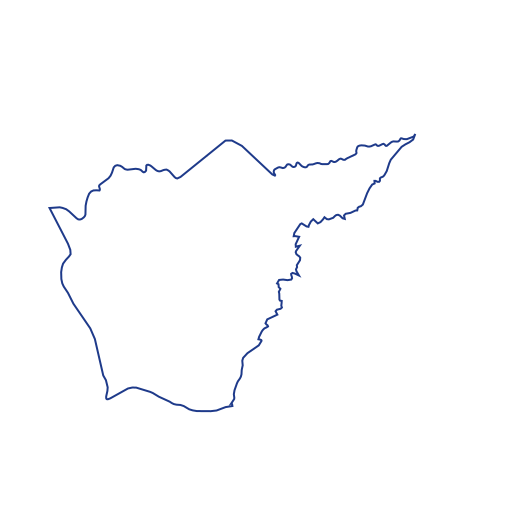 map outline of Nana-Grébizi (Albers equal-area conic projection), rotated 70°
{"feature_id": "CAF-807", "entity_name": "Nana-Grébizi", "entity_type": "Economic Prefecture", "adm_level": 1, "iso_a3": "CAF", "parent_name": "Central African Republic", "parent_adm1": "", "projection": "albers", "projection_center": [19.251, 7.51], "detail": "fine", "context": "isolated", "style": "outline", "palette": "blue", "viewbox_px": 512, "rotation_deg": 70, "n_neighbors": 0, "source": "natural_earth", "source_scale": "10m", "svg_char_len": 4397}
<svg xmlns="http://www.w3.org/2000/svg" viewBox="0 0 512 512"><g transform="rotate(70 256 256)"><path d="M195.8,64.6L200.3,68.5L201.6,72.8L202.2,77.5L203.2,81.8L211.6,96.4L214.3,99.0L220.9,104.1L223.7,107.4L224.4,108.5L224.8,109.4L224.9,110.3L224.9,111.7L225.4,113.0L227.7,113.8L228.4,114.9L227.8,116.5L226.3,117.9L225.9,119.0L228.4,119.7L228.6,122.4L231.3,126.2L235.0,130.1L244.2,138.0L245.1,140.4L245.0,142.3L245.5,143.9L247.8,145.3L247.3,146.9L247.8,152.5L247.0,157.3L248.0,159.4L251.5,159.9L250.2,161.7L246.7,163.4L245.3,164.8L245.0,166.6L245.5,168.3L246.5,170.4L246.5,175.0L245.6,176.8L243.0,178.4L244.5,180.5L246.2,183.8L246.5,186.8L241.0,189.6L242.4,192.7L245.1,195.7L246.5,196.7L245.5,198.4L241.0,201.9L241.2,203.5L247.5,212.1L250.3,213.8L250.7,212.4L252.7,208.9L258.5,214.7L260.9,215.4L261.3,211.3L265.0,216.6L266.0,217.4L268.1,217.4L269.7,216.5L271.1,215.5L272.7,215.0L275.0,216.1L278.6,220.8L280.5,221.2L282.2,223.0L284.2,223.2L289.0,222.3L285.8,225.5L284.4,227.5L284.8,229.1L285.9,229.4L287.6,229.4L289.2,229.7L290.2,230.9L289.5,234.6L287.4,238.6L286.4,242.5L289.0,245.6L290.2,244.5L293.0,245.3L295.2,244.3L297.5,246.8L299.3,247.0L305.0,248.9L306.1,248.7L307.0,247.2L308.9,248.0L311.3,249.2L313.3,249.3L314.0,251.0L313.6,254.7L314.6,256.5L318.4,256.0L319.4,267.1L322.5,270.1L323.9,269.6L325.2,268.8L326.3,268.8L326.7,270.6L326.8,272.1L327.0,273.1L327.8,274.8L328.8,276.3L333.0,280.7L335.1,282.2L336.1,280.5L336.8,279.8L337.6,279.8L340.9,283.9L344.4,297.3L347.3,302.9L349.7,304.7L354.2,305.9L358.2,308.4L362.2,310.1L364.2,311.5L365.6,313.0L367.6,315.9L369.2,317.5L374.8,322.1L378.3,324.1L381.9,324.9L383.0,325.5L386.2,329.8L386.2,329.2L387.4,329.2L388.9,329.5L387.6,336.2L387.7,345.9L386.3,351.7L381.5,364.6L379.4,368.3L377.2,371.2L372.3,375.2L370.1,378.0L368.5,381.6L367.0,383.9L365.3,385.5L363.4,386.9L355.0,395.4L349.5,399.8L347.5,401.9L338.7,413.6L337.3,417.2L336.7,421.6L339.9,441.5L340.0,443.7L339.7,444.9L339.3,445.3L338.3,445.4L336.7,444.8L332.0,441.8L328.7,440.3L321.4,439.5L316.0,440.4L278.9,435.8L267.3,436.5L238.4,443.9L226.4,445.3L219.0,447.1L215.5,447.4L211.1,446.8L204.5,444.6L200.3,442.3L197.2,439.9L194.6,436.0L192.5,431.9L190.9,429.6L186.7,428.4L180.1,428.5L140.3,433.6L143.1,423.8L144.6,421.4L147.1,418.4L150.2,416.3L159.2,411.7L160.8,410.5L161.5,409.0L161.6,407.2L160.8,404.6L159.9,403.1L158.7,402.1L150.5,398.9L146.8,396.7L143.4,394.2L140.4,391.5L139.0,388.9L138.8,386.3L139.7,383.4L140.9,380.7L140.4,380.1L139.5,379.8L137.4,379.7L136.7,379.6L136.0,379.1L135.4,377.8L132.5,368.0L130.8,365.2L128.4,362.8L124.1,359.4L123.1,357.4L123.2,355.3L124.8,352.7L126.5,351.3L129.4,349.6L130.3,348.4L131.0,347.2L132.9,339.2L134.4,336.4L135.7,334.9L138.2,333.6L139.0,332.8L139.0,331.6L138.2,330.1L133.5,328.1L133.1,327.2L133.4,326.0L134.9,324.3L136.3,323.4L141.0,320.7L142.2,319.7L143.0,318.7L143.5,317.6L143.7,316.2L143.6,313.6L143.8,312.0L144.2,310.5L145.6,309.2L146.9,308.3L154.0,305.5L155.3,304.7L156.2,303.5L155.9,299.9L137.1,245.2L139.2,239.2L147.7,231.6L184.9,212.8L186.9,210.8L186.5,210.3L185.7,210.4L185.0,210.6L184.3,210.7L183.6,210.7L182.8,210.5L182.1,210.1L181.4,209.5L181.0,208.7L180.5,205.7L180.4,204.7L180.6,203.5L181.3,202.4L182.5,200.8L182.7,199.9L182.7,198.8L182.3,197.7L181.1,196.1L180.7,195.3L180.8,194.3L181.6,192.9L182.5,192.3L184.1,191.5L184.5,191.2L185.0,190.7L185.3,190.0L185.4,189.0L185.0,187.9L184.5,187.4L182.9,186.3L182.5,185.7L182.4,185.0L183.0,184.2L183.7,183.8L186.4,182.6L187.2,182.2L188.5,181.0L189.0,180.3L189.5,179.5L189.7,178.6L189.6,177.7L188.9,176.7L188.4,175.8L188.3,174.6L189.3,171.6L189.4,170.2L189.4,168.1L189.6,166.5L190.6,164.5L191.5,163.7L192.2,162.6L194.0,157.8L194.2,156.6L193.6,155.2L192.9,154.4L192.3,153.6L192.4,152.7L193.3,151.7L194.1,151.0L194.6,150.0L194.7,148.8L194.3,147.1L193.5,144.9L193.4,144.0L193.5,143.0L194.5,141.9L195.3,141.2L195.8,140.3L196.0,139.4L195.6,138.2L195.3,136.6L194.5,127.8L193.8,126.5L193.1,126.2L192.2,126.1L191.4,125.8L190.7,125.4L188.6,123.8L188.0,123.1L187.7,122.2L187.7,120.8L188.1,119.0L189.5,115.9L191.4,113.4L191.9,112.2L192.2,110.4L191.9,106.4L192.0,105.3L192.8,104.8L193.7,104.4L194.3,103.7L194.5,102.5L194.1,99.0L194.2,97.8L195.2,97.0L196.2,96.7L197.0,96.2L197.2,95.4L195.4,90.2L195.2,89.0L195.3,87.7L196.7,84.4L197.0,83.2L196.6,81.8L195.3,80.2L195.0,79.7L195.1,79.2L195.5,78.6L196.6,77.2L197.3,75.6L197.8,74.3L197.7,66.9L195.8,64.6Z" fill="none" stroke="#1e3a8a" stroke-width="2"/></g></svg>